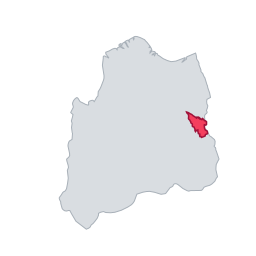 Borgu, Niger, Nigeria shown in context, rotated 160°
{"feature_id": "59680162B99837769325291", "entity_name": "Borgu", "entity_type": "district", "adm_level": 2, "iso_a3": "NGA", "parent_name": "Nigeria", "parent_adm1": "Niger", "projection": "natural_earth1", "projection_center": [4.162, 10.194], "detail": "fine", "context": "in_parent", "style": "filled", "palette": "rose", "viewbox_px": 256, "rotation_deg": 160, "n_neighbors": 0, "source": "geoboundaries", "source_scale": "gbopen_adm2", "svg_char_len": 5850}
<svg xmlns="http://www.w3.org/2000/svg" viewBox="0 0 256 256"><g transform="rotate(160 128 128)"><path d="M201.8,47.2L208.8,58.2L210.3,66.3L210.9,70.3L212.0,70.8L214.2,71.0L215.7,71.8L216.7,73.1L217.3,74.4L217.4,75.1L217.0,80.0L216.5,81.7L216.8,84.1L216.7,85.2L216.5,85.9L215.5,86.7L214.3,87.4L211.2,89.8L210.3,90.1L209.0,90.2L207.9,90.8L206.5,92.0L203.7,96.7L201.3,101.3L199.5,108.9L197.4,111.3L197.0,113.4L196.7,118.1L196.4,119.5L196.0,119.9L193.7,120.8L192.3,121.9L191.6,124.1L190.6,131.3L190.2,132.5L189.4,133.8L188.3,135.2L187.2,135.9L184.5,136.4L182.0,141.9L182.0,142.8L180.9,147.8L178.9,151.6L178.8,154.0L176.4,157.3L175.1,159.5L176.4,161.8L176.5,162.2L172.3,166.2L172.1,166.8L171.9,169.5L171.6,170.3L170.8,171.3L169.7,172.4L168.5,173.2L167.2,173.8L165.9,174.1L165.2,173.7L164.8,172.9L164.1,169.5L163.7,168.8L162.9,168.1L159.6,164.5L157.7,163.2L157.2,163.2L156.9,163.6L156.4,165.5L155.8,166.1L154.8,166.4L153.0,166.4L151.6,166.1L151.3,165.8L150.7,164.3L146.7,167.7L145.3,168.4L143.5,172.4L140.9,174.4L139.2,176.1L134.5,181.5L133.5,183.1L132.6,185.5L130.6,195.7L127.4,202.0L126.9,203.4L126.7,203.4L126.3,203.9L125.0,203.6L124.5,202.4L123.7,202.2L122.4,200.5L122.1,200.7L123.5,205.1L123.0,206.8L119.0,206.9L115.6,207.5L113.2,207.4L112.0,206.8L111.5,205.1L111.3,205.3L111.2,206.2L110.4,206.9L107.8,207.0L106.6,205.9L105.7,204.6L104.7,204.1L104.8,204.6L106.0,205.8L105.8,207.6L103.7,209.6L102.3,209.8L101.5,208.9L101.1,207.4L100.9,205.3L100.3,203.9L100.0,203.9L100.4,206.2L100.4,208.4L101.4,210.1L99.8,210.6L98.0,210.6L97.7,210.0L97.5,208.6L97.2,208.3L96.8,210.6L93.0,211.3L92.4,211.2L92.3,210.7L92.6,210.1L92.5,209.0L91.7,209.8L91.5,211.5L91.1,211.7L89.6,211.5L88.0,210.7L85.4,208.6L82.2,205.3L81.7,203.8L80.8,201.9L79.2,196.9L79.5,196.6L80.2,196.9L80.6,196.4L79.2,196.1L79.0,195.7L78.9,194.6L78.9,193.2L80.9,192.5L81.4,191.7L81.7,190.9L79.2,192.1L76.9,190.7L76.4,189.8L76.6,189.2L79.3,189.1L80.3,188.5L79.7,188.2L78.7,188.3L78.3,187.8L78.3,186.8L78.0,187.0L77.5,187.9L76.0,188.6L75.1,187.9L75.0,186.4L74.8,185.8L74.0,185.2L71.3,181.2L67.9,177.9L64.8,175.6L60.2,174.5L50.6,174.6L50.1,174.2L50.7,173.7L51.5,173.4L54.6,171.5L54.1,171.3L50.9,172.4L49.8,172.5L48.4,174.8L38.9,175.3L38.9,174.2L39.3,171.3L39.9,169.3L39.3,166.8L39.1,164.6L39.5,163.9L39.7,163.1L39.6,157.4L40.1,156.5L40.1,155.9L39.1,153.5L39.1,151.6L38.9,149.8L38.6,149.0L39.0,142.0L38.9,140.3L39.2,139.1L39.3,136.1L39.3,133.2L40.0,128.5L44.0,127.9L45.0,126.1L45.6,123.8L45.4,121.5L46.7,119.5L48.3,117.7L48.2,115.8L48.7,115.2L49.4,114.7L50.5,114.5L51.7,113.5L52.4,111.8L53.0,109.1L52.0,107.2L52.0,106.8L52.4,105.8L53.1,104.8L53.6,104.4L54.7,104.7L55.1,104.3L55.9,101.3L55.8,100.5L54.7,98.5L54.1,93.1L53.8,92.4L52.9,91.4L50.7,87.5L50.7,85.7L51.7,83.4L52.3,82.3L53.2,81.7L53.3,81.1L53.1,80.5L52.6,80.0L52.5,79.0L53.0,77.5L52.9,75.9L53.1,67.7L54.9,66.1L57.6,63.5L58.9,60.7L59.7,58.6L60.6,51.5L62.0,50.8L64.7,48.2L68.3,46.7L70.7,46.2L74.8,46.5L76.9,46.3L78.7,44.9L79.5,44.5L80.6,44.3L91.0,47.9L91.9,47.8L92.7,48.0L94.0,49.0L97.1,52.4L100.3,57.6L101.3,58.8L102.3,59.4L103.3,59.6L104.1,59.5L104.8,59.0L105.8,58.0L107.3,57.6L108.6,57.7L115.0,53.6L115.6,53.6L119.6,54.4L125.0,58.5L129.4,61.1L132.5,62.0L136.1,62.6L142.3,62.8L147.0,57.2L148.7,55.9L150.8,54.8L155.1,53.8L162.3,53.0L169.1,53.3L173.3,54.3L177.8,56.2L179.7,57.9L182.7,58.2L184.9,57.9L185.6,56.1L187.7,53.8L190.9,51.7L193.5,50.2L195.7,49.5L197.6,47.8L199.2,47.3L201.8,47.2ZM108.0,209.3L106.6,209.8L105.6,209.7L106.9,207.4L107.6,207.9L108.4,208.1L108.0,209.3Z" fill="#d9dde1" stroke="#a8b0b8" stroke-width="1"/><path d="M55.3,110.8L55.3,110.7L55.6,110.7L55.7,111.0L55.8,111.1L56.1,110.9L56.2,111.0L56.3,111.0L56.6,111.3L56.8,111.5L56.7,111.6L56.7,111.8L56.7,112.1L57.0,112.1L57.1,111.9L57.4,111.9L57.6,112.1L57.6,112.3L57.4,112.4L57.4,112.5L57.5,112.6L57.8,112.7L57.9,112.8L57.8,113.0L57.7,113.1L57.4,113.2L57.4,113.4L57.5,113.5L57.8,113.5L58.1,113.5L58.1,113.8L58.3,113.7L58.5,113.7L58.5,113.9L58.6,114.2L58.7,114.3L58.8,114.4L59.1,114.3L59.4,114.4L59.5,114.5L59.8,114.2L60.1,114.0L60.2,114.3L60.3,114.5L60.5,114.3L60.9,115.0L61.4,115.7L61.5,115.8L62.2,116.8L62.4,116.9L62.4,117.0L62.6,117.2L63.6,119.1L64.2,119.5L65.0,120.5L65.7,121.4L65.9,121.7L67.0,122.6L67.5,123.0L67.5,122.9L67.6,122.5L67.5,122.1L67.5,121.9L66.9,120.7L66.6,119.6L66.9,118.9L67.1,118.0L67.5,117.2L67.9,116.4L67.9,116.1L67.9,115.8L67.9,115.5L67.7,115.1L67.4,114.6L67.4,114.4L67.3,114.2L67.2,114.1L67.2,113.8L67.2,113.6L67.2,113.4L67.2,113.2L67.1,112.9L67.0,112.5L66.9,112.3L67.0,112.1L67.1,111.8L67.1,111.3L66.9,110.7L66.7,110.5L66.5,110.3L66.3,110.2L66.3,109.9L66.3,109.4L66.6,108.5L66.7,108.4L66.9,108.0L66.9,107.6L66.8,107.4L66.7,107.2L66.5,106.9L66.1,106.7L65.7,106.4L65.6,106.2L65.6,105.5L65.6,105.1L65.5,104.6L65.6,103.7L65.8,102.9L66.0,102.6L65.8,101.6L65.7,101.7L65.5,102.0L65.4,102.4L65.3,102.8L65.2,102.6L65.2,102.4L65.1,102.2L64.8,102.0L64.7,102.0L64.7,102.3L64.4,102.4L64.2,102.4L63.7,102.2L63.4,102.2L63.0,102.3L63.0,102.2L63.2,101.7L63.4,101.3L63.4,101.1L63.5,100.9L63.6,100.5L63.6,100.2L63.5,99.9L63.8,98.7L62.6,97.6L63.0,97.2L63.4,95.9L63.3,95.3L63.1,95.3L62.9,95.3L62.5,95.2L62.4,95.0L62.3,94.9L62.2,94.6L62.3,94.4L62.3,94.2L62.2,94.0L61.9,94.0L61.7,94.1L61.1,94.0L60.9,94.0L60.3,94.0L59.9,94.0L59.5,94.0L59.4,94.1L58.3,94.1L58.2,94.2L57.7,95.1L57.3,95.4L55.4,95.4L55.0,95.8L54.9,95.9L55.0,96.2L54.7,97.1L54.7,97.3L54.6,97.5L54.6,97.9L54.7,98.0L55.1,98.7L55.7,99.4L55.9,99.5L56.1,100.0L56.1,100.7L56.2,101.7L55.5,104.1L55.3,104.8L55.2,104.9L54.9,104.7L54.7,104.7L54.3,104.3L54.0,104.1L53.9,104.1L53.7,104.1L53.0,104.7L52.9,104.7L52.1,107.1L52.8,108.2L53.0,108.4L53.2,108.5L53.4,108.6L53.5,108.7L53.6,108.8L53.6,109.2L54.0,109.9L54.0,110.0L54.1,110.3L54.3,110.7L54.4,110.4L54.5,110.4L54.5,110.6L54.7,110.8L54.8,110.9L54.8,111.0L55.0,111.3L55.2,111.2L55.1,110.8L55.3,110.8L55.3,110.8Z" fill="#f43f5e" stroke="#9f1239" stroke-width="1.5"/></g></svg>